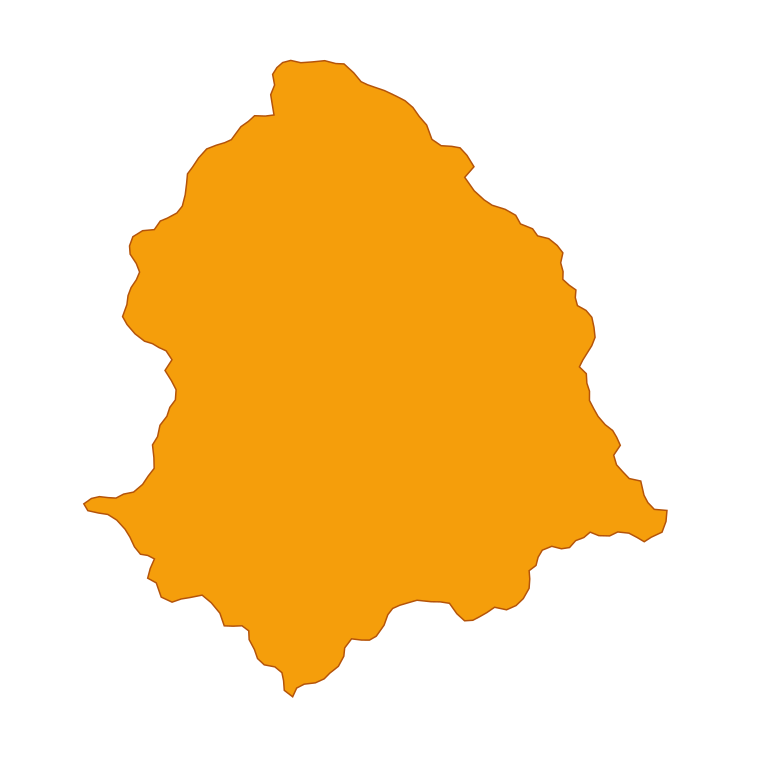 Senhora do Porto, Minas Gerais, Brazil (Albers equal-area conic projection), rotated 184°
{"feature_id": "56859067B27680733127360", "entity_name": "Senhora do Porto", "entity_type": "district", "adm_level": 2, "iso_a3": "BRA", "parent_name": "Brazil", "parent_adm1": "Minas Gerais", "projection": "albers", "projection_center": [-43.08, -18.914], "detail": "fine", "context": "isolated", "style": "filled", "palette": "amber", "viewbox_px": 768, "rotation_deg": 184, "n_neighbors": 0, "source": "geoboundaries", "source_scale": "gbopen_adm2", "svg_char_len": 2760}
<svg xmlns="http://www.w3.org/2000/svg" viewBox="0 0 768 768"><g transform="rotate(184 384 384)"><path d="M403.9,676.7L414.1,679.4L421.4,681.4L428.0,684.0L435.8,692.2L446.2,700.5L454.5,700.3L465.7,702.4L478.0,700.3L489.4,698.7L499.6,700.3L507.5,697.6L512.9,692.2L516.7,685.1L514.0,674.6L517.2,664.7L515.2,656.1L512.5,644.7L521.1,643.0L531.8,642.6L537.7,636.4L544.7,630.7L549.4,623.3L553.3,617.1L559.8,613.6L568.0,610.5L577.3,606.1L584.7,596.6L590.2,586.9L594.7,579.9L594.9,570.4L595.5,558.9L597.6,547.4L602.6,540.1L611.8,534.3L618.5,531.0L623.9,522.0L635.5,520.1L644.8,513.4L647.5,504.0L646.3,495.8L639.5,486.9L635.6,478.6L638.3,470.7L643.0,462.6L645.5,454.3L646.0,445.3L649.5,433.0L644.5,425.4L635.9,416.7L625.9,410.0L617.8,408.1L611.1,404.7L603.7,401.9L597.2,393.4L603.4,382.2L596.3,372.5L591.0,363.8L591.0,353.6L596.0,345.8L598.3,336.7L604.6,327.2L606.2,315.7L610.7,307.1L608.4,294.5L607.4,283.8L612.7,275.9L617.8,267.0L626.3,258.7L636.1,256.0L643.4,251.5L651.1,251.4L660.0,251.8L667.9,249.4L675.1,243.5L670.6,237.0L660.0,235.4L650.4,234.6L641.1,229.6L632.2,221.1L626.8,213.6L621.6,204.2L615.1,197.2L607.7,196.5L600.8,193.5L604.3,183.7L606.2,173.8L597.3,169.7L591.4,155.9L580.2,151.6L571.3,155.4L562.8,157.4L550.7,160.7L541.0,153.7L531.7,143.9L526.5,131.6L517.6,131.9L508.8,132.9L501.7,128.3L500.7,119.6L494.8,110.2L491.0,101.3L483.9,95.5L473.1,94.2L465.7,88.9L463.5,81.1L462.1,71.4L453.3,65.6L449.9,74.6L442.7,79.0L431.6,81.1L423.1,85.7L417.9,91.8L409.8,99.2L405.1,109.6L404.8,118.0L398.6,127.5L388.4,127.0L380.6,127.5L374.1,131.9L367.1,143.4L364.1,154.1L359.7,160.7L352.8,164.4L345.3,167.2L336.0,170.6L321.7,170.1L312.8,170.6L303.4,169.8L295.3,159.9L287.1,153.4L278.9,154.5L272.7,158.3L265.5,163.1L258.1,169.0L246.0,167.3L236.8,172.2L230.1,179.6L225.0,190.3L225.0,199.7L226.2,207.9L219.7,213.6L218.2,221.9L214.5,229.3L205.3,233.8L195.5,232.0L187.5,233.8L181.9,241.1L173.9,244.8L168.0,250.6L159.1,247.7L148.3,248.2L140.5,252.7L129.3,252.3L120.7,248.5L113.4,244.8L106.7,249.8L96.3,255.6L93.1,266.6L92.9,277.6L105.6,277.8L112.5,284.1L116.9,291.2L121.1,305.1L132.8,306.8L140.0,313.4L146.4,319.6L149.9,329.0L144.0,339.3L148.2,347.1L152.6,353.5L160.6,358.9L168.2,366.6L173.0,373.9L177.9,381.9L178.5,391.2L181.7,399.0L182.9,408.4L190.3,414.7L187.4,421.7L183.3,429.4L179.4,436.7L176.7,445.3L178.5,455.2L181.3,465.0L187.6,471.5L196.5,475.7L199.2,483.5L199.1,491.2L206.2,495.5L212.9,500.8L213.2,508.6L216.2,517.2L214.7,527.3L220.9,534.3L229.8,540.5L241.1,542.5L246.6,549.2L259.0,553.2L264.4,561.5L275.3,566.7L288.7,569.9L296.9,574.6L307.5,583.0L317.9,595.8L309.4,607.0L317.2,617.9L324.6,624.9L333.0,625.8L343.6,625.7L353.3,631.4L359.5,645.3L367.5,653.3L374.4,661.8L382.7,668.0L391.9,672.0L403.9,676.7Z" fill="#f59e0b" stroke="#b45309" stroke-width="1.5"/></g></svg>